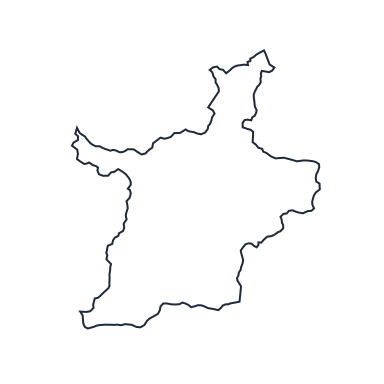 Piraju, São Paulo, Brazil, rotated 99°
{"feature_id": "56859067B99477095521428", "entity_name": "Piraju", "entity_type": "district", "adm_level": 2, "iso_a3": "BRA", "parent_name": "Brazil", "parent_adm1": "São Paulo", "projection": "mercator", "projection_center": [-49.387, -23.195], "detail": "fine", "context": "isolated", "style": "outline", "palette": "slate", "viewbox_px": 384, "rotation_deg": 99, "n_neighbors": 0, "source": "geoboundaries", "source_scale": "gbopen_adm2", "svg_char_len": 3814}
<svg xmlns="http://www.w3.org/2000/svg" viewBox="0 0 384 384"><g transform="rotate(99 192 192)"><path d="M61.6,134.6L59.6,131.8L56.2,130.1L53.9,135.3L48.2,138.6L44.2,140.8L40.9,143.1L43.9,147.0L46.2,149.9L49.0,152.2L51.2,155.3L53.5,154.9L54.8,157.5L57.9,156.6L58.1,160.8L59.1,163.7L60.1,167.2L61.5,169.7L63.3,171.7L65.8,173.6L69.4,176.8L66.5,180.5L66.3,184.1L64.2,186.8L65.6,190.7L68.7,193.6L70.5,190.7L74.4,188.9L77.0,186.3L80.0,185.9L82.0,184.2L85.0,182.0L88.4,181.2L105.9,189.3L108.1,184.2L111.0,182.0L115.3,183.9L118.1,184.0L122.2,184.9L124.1,186.3L127.4,186.3L131.3,188.4L133.6,192.2L133.4,196.3L132.6,199.3L132.6,202.2L132.5,205.3L131.2,208.1L135.4,212.8L136.2,216.3L136.6,218.7L140.8,221.4L142.2,223.9L143.7,227.3L143.3,231.7L145.9,234.2L150.0,238.1L154.4,238.2L156.4,240.3L158.5,242.2L161.2,244.0L162.8,247.6L161.8,250.2L160.8,252.6L159.0,256.1L159.4,259.2L159.9,262.3L162.3,264.9L163.7,267.5L164.0,270.1L162.9,273.3L162.8,276.5L164.0,279.3L163.5,281.8L163.1,284.3L162.5,286.9L161.3,290.5L161.9,294.5L160.8,297.8L159.4,300.4L157.5,302.6L155.7,304.8L153.9,306.4L152.6,309.5L151.1,312.4L148.8,314.0L146.6,315.6L152.7,316.4L154.9,313.2L158.5,312.8L161.7,316.7L165.0,317.8L168.1,312.0L172.2,310.6L177.4,310.8L179.2,307.4L181.2,302.8L180.3,300.3L179.0,298.2L180.9,294.3L181.4,291.0L182.6,288.6L185.6,288.8L189.0,286.7L189.9,282.5L189.1,277.5L185.2,274.9L184.1,271.7L180.9,268.5L182.7,264.1L184.6,260.4L187.9,256.7L189.8,255.2L192.0,254.0L194.7,253.7L198.8,255.9L199.9,253.5L203.0,252.3L205.4,252.4L207.8,252.9L211.3,255.2L215.0,253.8L218.4,252.9L220.8,253.4L223.6,253.7L226.0,253.7L229.2,252.3L232.1,253.7L234.3,254.5L238.1,253.3L241.4,254.1L244.3,257.8L246.7,257.8L249.2,261.1L252.0,262.4L255.8,262.7L258.3,266.8L263.3,266.9L265.6,267.2L267.7,265.7L271.9,266.0L273.9,263.3L275.8,260.7L278.9,261.0L281.8,260.6L285.7,260.7L290.2,259.9L295.4,259.3L297.9,258.8L300.2,259.6L305.7,264.0L309.0,266.4L311.2,268.3L312.4,271.4L318.9,272.0L321.9,271.1L325.8,274.0L327.0,277.7L327.6,283.7L331.0,280.7L337.8,279.1L340.1,278.1L342.2,276.5L343.1,273.6L340.8,268.4L338.8,265.1L337.6,261.4L336.6,256.8L336.0,252.7L335.4,248.0L334.7,245.1L334.7,241.3L333.0,237.4L332.6,230.8L334.0,225.7L333.7,221.8L331.0,218.3L326.4,216.3L323.7,214.2L321.4,211.3L317.7,206.6L314.0,205.3L310.0,205.2L306.7,203.1L306.0,199.5L306.2,195.1L305.7,190.9L304.8,186.9L302.7,184.1L303.3,180.5L304.3,177.6L305.9,174.8L304.5,171.5L302.8,168.3L302.5,164.4L303.3,161.1L304.2,157.9L304.2,154.2L304.3,151.0L304.6,147.6L302.8,145.9L299.2,143.7L297.7,141.2L297.2,138.6L295.9,136.4L294.9,133.4L292.9,127.9L277.6,128.8L275.0,130.9L272.6,133.1L270.1,134.1L267.3,133.1L264.1,133.1L261.4,131.8L258.4,131.7L254.6,130.9L251.5,130.8L248.6,132.0L245.5,133.5L242.2,134.7L238.5,132.9L235.2,130.9L233.8,127.9L233.7,125.0L235.5,122.4L236.5,119.5L234.0,118.1L231.4,118.5L231.1,115.6L228.4,114.0L224.4,110.8L223.0,106.2L220.9,103.5L218.4,101.0L216.9,98.5L213.6,96.2L210.1,96.9L208.3,98.4L205.3,99.1L202.7,100.7L199.3,98.3L198.4,95.1L195.4,93.3L194.4,90.0L195.2,86.4L195.6,83.6L195.7,79.1L194.1,76.8L192.6,74.3L191.9,71.1L189.1,68.9L185.5,71.2L182.7,71.8L176.5,71.1L172.9,69.5L169.5,66.2L163.7,67.4L162.2,70.9L159.0,72.0L155.3,72.0L151.4,70.8L147.5,70.2L144.7,70.9L143.0,74.5L142.7,77.3L142.8,82.2L143.3,86.6L145.3,93.2L144.7,97.3L144.4,100.2L143.8,106.5L144.6,110.1L145.7,114.5L144.6,119.3L141.8,124.6L141.0,128.0L138.4,129.4L137.9,133.5L135.2,136.3L133.3,139.9L129.5,140.3L126.6,140.5L122.9,141.1L121.3,144.1L121.1,146.8L120.6,149.4L120.2,152.0L115.9,152.8L112.8,151.3L111.9,148.8L111.9,144.7L108.8,144.1L106.8,141.9L103.9,141.1L101.2,140.9L97.9,143.2L94.7,144.1L92.3,144.7L89.8,145.5L86.5,146.3L83.1,145.7L80.1,144.7L77.7,143.9L75.4,142.2L72.4,141.3L69.4,142.2L66.9,141.7L64.3,142.6L61.5,142.0L61.5,138.6L61.6,134.6Z" fill="none" stroke="#1e293b" stroke-width="2"/></g></svg>